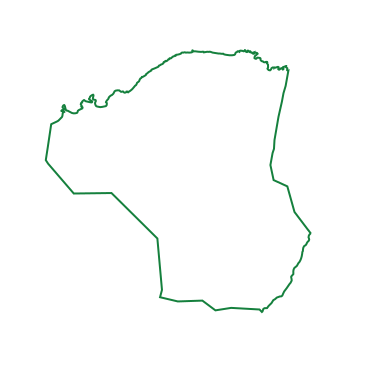 outline of Coubaril, Castries, Saint Lucia, rotated 72°
{"feature_id": "8701671B79808617109773", "entity_name": "Coubaril", "entity_type": "district", "adm_level": 2, "iso_a3": "LCA", "parent_name": "Saint Lucia", "parent_adm1": "Castries", "projection": "mercator", "projection_center": [-61.013, 14.002], "detail": "fine", "context": "isolated", "style": "outline", "palette": "green", "viewbox_px": 384, "rotation_deg": 72, "n_neighbors": 0, "source": "geoboundaries", "source_scale": "gbopen_adm2", "svg_char_len": 5595}
<svg xmlns="http://www.w3.org/2000/svg" viewBox="0 0 384 384"><g transform="rotate(72 192 192)"><path d="M106.3,62.8L106.3,63.3L105.8,63.7L105.5,63.9L105.2,63.8L104.7,63.5L104.1,63.2L103.8,63.1L103.6,63.2L102.7,63.8L102.1,64.2L101.8,64.1L101.8,63.7L101.6,63.6L101.3,63.5L101.2,63.9L101.4,65.4L101.3,66.7L101.6,67.0L102.0,67.0L103.1,66.9L103.3,67.0L103.5,67.4L103.6,67.7L103.4,67.8L103.0,68.1L102.6,68.1L102.1,68.1L101.9,68.2L101.9,69.2L102.1,69.8L102.4,70.4L102.6,71.3L102.5,71.5L102.2,71.8L101.8,72.0L101.0,71.6L100.4,71.1L100.0,71.1L99.6,71.5L99.5,71.9L99.5,73.3L99.6,74.1L99.2,74.7L99.1,74.9L99.0,75.2L99.3,75.6L99.0,75.6L98.6,76.4L98.5,76.8L98.6,77.4L98.9,78.2L99.2,78.4L100.0,79.2L100.2,79.7L100.4,80.2L100.2,80.6L99.7,81.4L98.6,82.0L98.1,82.1L97.8,82.0L97.6,81.6L97.3,81.3L96.5,81.0L94.5,80.4L94.0,80.5L92.6,81.0L92.4,80.8L92.1,80.5L91.9,80.3L91.5,80.4L91.4,80.6L91.1,81.5L91.1,82.5L91.0,83.1L90.7,83.6L90.5,83.8L89.6,84.3L89.3,85.0L89.0,85.3L88.2,85.8L87.4,86.0L87.1,85.9L86.2,85.6L85.8,85.7L85.4,86.2L84.8,87.4L84.6,87.9L84.5,88.2L84.6,88.8L85.0,89.4L85.1,89.8L85.0,90.2L84.4,90.9L84.1,91.2L83.8,91.2L83.1,90.8L82.3,90.3L81.9,89.4L81.6,88.7L81.0,87.4L80.8,86.9L80.3,87.0L80.0,87.1L79.1,88.4L78.8,88.9L79.4,89.7L79.6,90.2L79.6,90.6L79.4,91.1L79.0,91.4L78.5,91.1L78.3,90.8L78.3,91.7L77.9,92.4L77.1,92.9L76.8,92.8L76.3,93.1L76.5,93.6L76.9,93.7L76.7,94.0L76.4,94.2L76.0,94.3L75.6,94.3L75.0,94.8L74.9,95.0L74.8,95.4L75.0,95.6L75.3,95.6L75.7,95.7L75.9,96.2L75.9,96.5L75.6,97.0L75.3,97.3L73.9,97.5L73.5,97.7L73.4,97.9L74.2,98.9L74.2,99.3L74.0,99.6L73.7,99.9L73.3,100.5L73.3,100.8L73.1,101.0L72.6,101.9L72.5,103.0L73.2,103.4L73.4,103.6L73.0,104.0L72.4,104.6L72.3,105.0L72.3,105.3L72.8,106.1L72.9,107.2L73.2,107.6L73.4,107.8L74.3,108.4L74.6,109.0L74.7,109.8L74.5,110.5L74.4,111.4L74.2,112.2L73.9,112.9L73.6,114.0L73.1,115.0L72.1,117.1L71.2,118.7L71.0,119.0L70.3,119.4L70.0,119.8L70.0,120.5L69.7,121.1L69.3,122.0L69.0,122.5L68.6,123.8L65.8,129.3L64.8,130.6L64.4,131.1L64.0,132.0L64.0,132.5L63.3,134.3L62.9,137.4L62.8,137.7L62.2,137.7L62.1,138.0L61.8,138.8L61.8,139.1L61.4,140.5L60.5,142.7L59.5,144.8L59.0,145.9L58.9,146.8L58.4,147.2L57.7,147.5L57.5,147.8L57.8,148.1L58.2,147.9L58.6,147.6L58.8,148.0L59.1,149.1L58.8,150.7L58.5,151.8L58.0,152.9L57.7,154.1L57.5,154.9L57.0,155.5L56.8,156.1L56.8,157.1L56.3,158.3L56.5,159.2L56.9,159.6L57.1,161.1L56.9,163.4L56.6,164.6L56.7,164.9L57.3,165.3L57.4,165.8L57.0,166.2L57.4,167.5L57.3,168.2L57.7,169.3L58.3,170.5L58.2,171.1L57.9,171.9L58.0,172.1L58.6,172.4L58.7,172.7L58.5,173.4L59.4,174.8L59.6,175.9L59.6,176.3L59.2,176.5L59.2,176.8L59.6,176.9L59.7,177.7L59.7,178.7L60.2,179.2L60.4,179.1L61.0,180.0L61.2,181.1L61.2,182.2L61.5,182.8L61.6,184.3L61.7,184.6L62.2,184.9L62.5,185.5L62.9,189.3L63.0,191.2L63.1,192.4L63.4,193.0L63.9,193.2L64.6,196.4L65.0,197.2L65.4,198.1L65.6,199.0L66.5,199.8L66.6,200.1L67.2,202.6L67.3,203.6L67.1,204.1L67.7,204.7L68.0,205.3L68.1,206.0L68.8,206.9L70.1,207.9L70.6,208.7L70.9,209.7L71.2,210.5L71.7,210.9L72.3,211.4L72.9,212.0L73.1,212.4L73.3,213.2L75.5,216.7L76.0,217.7L76.7,219.5L76.9,220.4L77.4,221.8L77.2,221.9L76.9,222.0L76.7,222.2L77.0,222.6L77.0,222.8L76.7,223.2L76.4,223.4L76.7,223.7L76.8,224.4L76.8,225.2L76.3,225.9L75.8,226.2L75.2,226.4L74.9,227.1L75.0,227.7L74.8,228.5L74.0,229.1L72.9,229.8L72.3,231.4L72.0,233.3L72.3,234.5L74.1,236.3L74.3,236.6L75.0,238.1L75.2,239.5L75.9,241.2L76.6,242.1L77.3,242.5L77.7,243.0L78.6,244.6L79.5,245.7L79.7,245.9L80.1,246.1L80.8,245.6L81.3,245.6L82.2,245.9L83.2,246.5L83.7,247.4L83.6,248.4L83.3,251.2L82.9,253.1L81.4,255.8L80.8,256.5L80.1,256.8L79.4,256.9L78.6,256.9L77.6,256.8L76.9,256.4L76.0,255.5L75.1,255.2L74.7,255.4L74.4,255.7L73.8,256.9L73.4,257.4L72.8,257.4L72.2,257.3L69.9,255.9L69.3,255.8L68.9,256.0L68.9,256.7L69.3,258.4L69.9,259.5L70.5,259.9L71.1,260.4L71.5,261.1L72.0,261.2L72.9,260.6L74.2,259.5L74.7,259.2L75.2,259.0L75.6,259.2L75.8,259.7L75.5,260.5L74.7,261.9L72.8,265.1L72.6,265.3L71.3,266.1L71.2,266.5L71.5,267.3L72.0,268.4L72.5,268.9L73.0,268.9L73.1,269.9L73.3,270.1L74.2,270.7L75.6,270.3L75.9,270.3L76.2,270.8L76.5,270.9L76.8,270.8L76.9,270.5L77.4,270.0L77.9,270.0L78.6,270.5L79.1,274.3L79.5,275.4L81.0,276.5L81.2,277.0L81.1,278.5L80.7,280.1L79.8,281.7L76.3,285.1L75.6,286.4L75.3,286.5L74.3,286.6L71.6,286.4L70.6,286.4L69.9,286.6L69.8,287.3L70.2,288.0L71.2,288.9L71.8,288.9L72.8,288.4L73.6,288.2L74.4,288.7L74.2,289.4L74.0,289.9L74.0,290.5L74.4,291.1L74.7,291.1L75.0,290.6L75.3,289.5L75.6,289.0L76.1,288.8L76.4,288.8L76.4,289.0L76.7,290.2L77.5,290.8L78.7,291.3L79.8,291.9L80.5,292.5L82.8,296.9L83.1,297.9L83.3,299.3L84.0,304.9L84.3,305.1L104.6,315.2L116.5,321.2L120.6,320.1L156.9,304.9L168.1,268.9L225.5,239.3L275.8,250.8L282.2,254.9L291.7,239.3L298.5,215.7L311.8,206.3L314.3,190.6L324.6,164.1L327.7,162.6L327.4,161.9L325.3,160.3L324.9,159.0L325.6,156.5L324.0,154.3L322.2,150.7L320.0,148.1L319.6,146.2L318.6,143.9L318.5,140.6L318.8,139.7L318.8,139.1L318.4,138.1L316.9,136.8L315.1,135.1L312.6,131.5L309.8,127.9L308.8,126.3L307.1,124.6L305.6,124.2L303.7,124.0L303.0,123.7L301.4,121.0L300.2,120.6L298.6,120.1L297.1,119.3L295.8,118.0L295.3,116.6L294.6,115.0L292.9,113.2L292.4,112.6L291.8,111.5L290.6,110.2L289.1,108.9L287.2,107.6L284.8,106.3L283.2,105.6L282.4,104.8L280.9,104.2L279.3,103.3L278.2,102.2L277.6,100.2L277.0,99.4L276.1,98.6L275.4,97.8L275.0,97.2L274.5,96.1L273.6,95.3L272.3,95.1L271.2,95.2L269.8,94.5L268.7,93.4L268.3,92.5L267.5,92.0L265.7,92.7L264.6,93.0L264.3,93.2L242.7,100.7L216.1,99.6L205.9,110.7L190.6,109.1L179.8,103.3L176.3,100.7L168.1,97.5L147.2,86.5L133.9,78.6L126.2,74.4L120.1,70.2L106.3,62.8Z" fill="none" stroke="#15803d" stroke-width="2"/></g></svg>